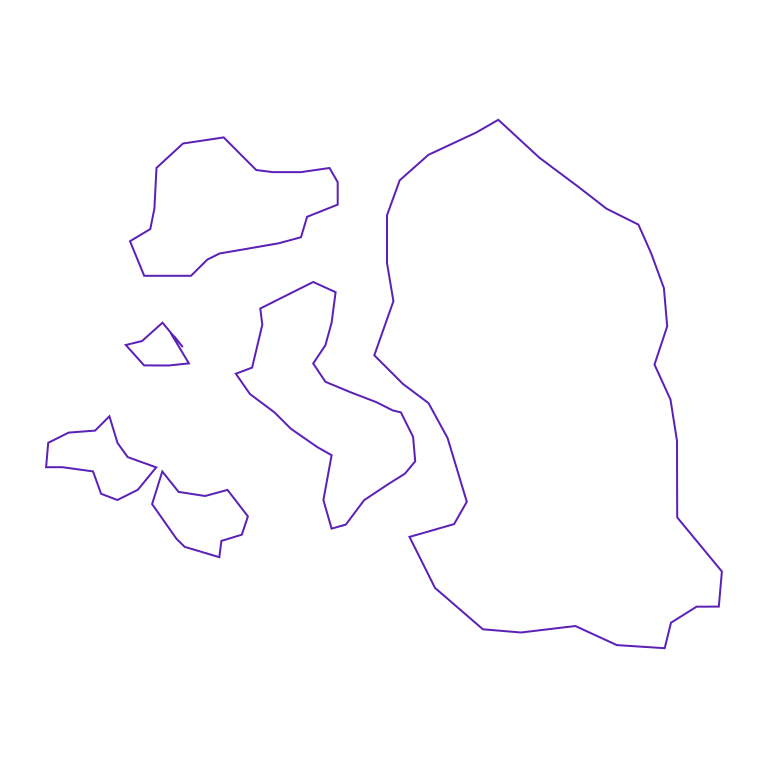 Ganghwa-gun, Gyeonggi, South Korea
{"feature_id": "91817680B24929628173287", "entity_name": "Ganghwa-gun", "entity_type": "district", "adm_level": 2, "iso_a3": "KOR", "parent_name": "South Korea", "parent_adm1": "Gyeonggi", "projection": "orthographic", "projection_center": [126.329, 37.696], "detail": "fine", "context": "isolated", "style": "outline", "palette": "violet", "viewbox_px": 768, "rotation_deg": 0, "n_neighbors": 0, "source": "geoboundaries", "source_scale": "gbopen_adm2", "svg_char_len": 1663}
<svg xmlns="http://www.w3.org/2000/svg" viewBox="0 0 768 768"><path d="M638.4,224.6L606.5,208.7L577.9,186.5L539.6,157.9L498.3,119.8L476.0,132.6L428.3,154.9L399.7,180.3L387.0,215.3L387.0,263.0L393.4,301.2L374.3,355.3L403.0,384.0L428.5,403.1L447.6,438.1L466.8,501.8L454.1,524.1L409.5,536.9L435.0,587.9L482.9,629.3L521.1,632.5L575.3,626.0L616.8,645.1L664.7,648.2L671.0,622.7L696.5,606.7L715.2,606.6L718.8,606.6L721.9,571.5L677.2,517.4L677.1,482.4L677.0,441.0L670.5,399.6L654.5,364.6L667.2,326.3L663.9,288.1L651.1,253.2L638.4,224.6ZM345.8,524.6L364.2,500.1L388.7,483.8L405.0,473.6L415.2,461.3L413.1,436.9L400.9,412.4L392.7,410.4L376.4,402.2L349.9,392.0L325.4,381.8L313.2,363.5L325.4,345.2L331.6,322.7L335.6,292.2L313.2,282.0L276.6,300.3L260.3,308.5L262.3,324.8L252.1,367.6L235.8,373.7L250.0,394.1L274.5,412.4L290.8,428.7L317.3,447.1L331.6,455.2L323.4,500.1L331.6,528.6L345.8,524.6ZM256.2,170.0L237.9,151.7L223.7,137.4L183.0,143.5L156.5,167.9L154.4,208.6L150.3,229.0L130.0,241.2L144.2,275.8L170.7,275.8L191.0,275.8L207.3,259.6L219.5,253.5L278.6,243.3L301.0,237.2L307.1,216.8L337.7,204.6L337.7,182.2L329.5,168.0L301.0,172.1L272.5,172.1L256.2,170.0ZM178.6,491.9L162.3,471.5L152.1,504.1L176.5,538.8L184.7,546.9L219.3,557.2L221.4,540.9L241.8,534.7L247.9,516.4L227.5,489.9L205.1,496.0L178.6,491.9ZM156.2,467.4L127.7,457.1L117.5,442.9L109.4,416.3L95.1,430.6L68.6,432.6L48.2,442.8L46.1,467.2L62.4,467.2L93.0,471.4L101.1,493.8L117.4,500.0L137.8,489.8L156.2,467.4ZM172.6,334.9L162.5,322.7L142.1,341.0L125.8,345.0L144.1,365.4L168.5,365.5L188.9,363.4L170.6,332.9L172.6,334.9ZM172.6,334.9L182.8,347.1L174.7,336.9L172.6,334.9Z" fill="none" stroke="#5b21b6" stroke-width="2"/></svg>